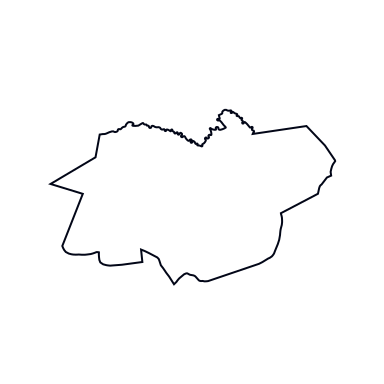 Fraternidad, Ocotepeque, Honduras, rotated 240°
{"feature_id": "27666195B9362157023488", "entity_name": "Fraternidad", "entity_type": "district", "adm_level": 2, "iso_a3": "HND", "parent_name": "Honduras", "parent_adm1": "Ocotepeque", "projection": "robinson", "projection_center": [-89.047, 14.583], "detail": "fine", "context": "isolated", "style": "outline", "palette": "ink", "viewbox_px": 384, "rotation_deg": 240, "n_neighbors": 0, "source": "geoboundaries", "source_scale": "gbopen_adm2", "svg_char_len": 6115}
<svg xmlns="http://www.w3.org/2000/svg" viewBox="0 0 384 384"><g transform="rotate(240 192 192)"><path d="M133.7,307.9L137.1,316.1L136.6,320.7L140.1,322.1L142.4,324.2L144.3,326.2L145.6,328.1L147.1,331.4L147.9,331.7L165.8,330.4L191.9,324.1L211.9,273.6L212.5,274.3L212.9,275.5L213.4,276.0L213.8,276.1L214.2,276.1L214.5,275.9L215.1,275.3L215.5,275.1L215.9,275.1L216.4,275.3L216.7,275.5L216.9,275.9L217.1,276.4L217.4,276.6L217.7,276.8L218.0,276.7L218.3,276.6L218.5,276.3L218.6,275.9L218.5,275.3L218.6,275.0L218.7,274.6L219.0,274.4L223.2,273.7L224.9,273.2L226.0,272.8L226.3,272.5L226.3,272.0L226.2,271.6L225.7,271.1L225.7,270.7L225.8,270.3L226.2,270.0L226.5,270.0L226.9,270.1L227.1,270.4L227.4,271.0L228.0,271.4L228.6,271.4L229.4,271.0L229.9,271.0L230.2,271.3L230.5,272.1L230.9,272.3L231.2,272.2L231.5,272.0L231.7,271.2L232.0,270.7L232.7,270.5L233.7,270.5L234.3,270.3L234.7,269.9L235.1,269.1L235.4,268.9L235.7,268.8L236.0,269.0L236.2,269.7L236.4,269.9L236.7,270.0L237.1,269.9L237.5,269.6L238.1,269.0L238.7,268.5L239.4,268.1L240.4,267.8L240.8,267.5L241.0,267.2L241.0,266.9L240.6,266.3L240.6,265.9L240.7,265.6L240.9,265.3L241.3,265.2L241.7,265.4L241.9,265.7L242.0,266.3L242.3,266.6L242.6,266.7L243.0,266.6L243.5,266.0L243.8,264.8L244.3,264.1L244.9,263.4L246.0,262.7L246.4,262.1L246.7,261.6L246.8,260.9L246.8,260.0L246.6,259.0L246.4,258.6L246.1,258.2L245.0,257.5L244.8,256.9L245.1,253.7L243.6,253.2L242.1,252.9L241.7,252.6L241.5,252.2L241.6,251.7L241.8,251.4L242.3,251.1L242.5,250.7L242.4,250.2L242.1,249.9L241.7,249.8L241.2,250.0L240.8,250.4L240.6,251.1L240.4,251.5L240.1,251.7L239.8,251.9L237.8,252.4L233.9,252.9L231.8,253.5L231.1,253.5L230.9,253.3L230.9,252.0L231.1,250.1L231.4,248.7L231.8,247.4L232.3,246.8L232.9,246.5L233.6,246.5L234.4,246.9L234.8,246.9L235.2,246.8L235.6,246.4L235.8,246.1L236.0,245.7L236.0,245.4L235.9,245.0L235.7,244.7L235.4,244.5L234.7,244.4L234.4,244.2L234.1,243.8L234.2,243.4L234.7,242.5L235.9,241.2L236.9,240.5L238.0,240.0L238.2,239.8L238.2,239.5L238.1,239.2L237.8,239.0L236.7,239.0L236.0,239.0L233.9,238.4L232.7,237.9L231.9,237.4L231.8,237.0L231.9,236.7L232.1,236.5L232.6,236.1L232.8,235.7L232.9,235.3L232.8,234.9L232.6,234.5L232.2,234.2L231.8,234.1L231.2,234.2L230.8,234.0L230.4,233.5L230.3,232.9L230.4,232.4L230.7,232.0L231.1,231.8L231.8,231.7L232.1,231.5L232.3,231.0L232.2,230.5L232.0,230.1L231.6,229.9L231.2,229.8L230.5,229.9L230.1,229.9L229.7,229.7L229.4,229.3L228.8,228.3L228.4,227.3L228.2,226.5L228.2,225.3L228.1,224.7L227.9,224.5L227.6,224.3L226.9,224.2L226.7,224.0L226.6,223.7L226.6,223.3L227.0,222.9L227.8,222.3L228.3,221.9L228.8,221.3L229.2,220.6L229.7,220.1L229.9,220.1L230.1,220.1L230.6,220.8L231.1,220.8L231.3,220.7L231.5,220.5L231.7,219.6L231.8,219.3L232.0,219.2L232.5,219.1L233.4,219.3L234.0,219.3L234.9,219.0L235.5,218.6L235.7,218.3L235.7,217.8L235.5,217.5L234.9,217.1L234.8,216.6L234.9,216.1L235.2,215.8L235.6,215.7L236.1,215.9L236.3,216.3L236.4,217.0L236.8,217.5L237.3,217.7L237.8,217.6L238.1,217.3L238.3,216.8L238.3,216.3L238.0,215.7L237.9,215.2L238.0,214.7L238.4,214.3L239.4,213.9L240.8,213.6L241.7,213.5L243.1,213.6L244.0,213.4L244.3,213.0L244.5,212.5L244.5,212.1L244.3,211.4L244.4,210.9L244.7,210.5L245.1,210.3L245.7,210.3L246.1,210.6L246.3,211.0L246.5,211.8L246.9,212.2L247.5,212.4L248.3,212.2L248.9,211.8L249.0,211.1L248.9,210.6L248.5,210.1L248.3,209.8L248.3,209.4L248.4,209.0L248.7,208.7L249.2,208.6L249.6,208.7L250.0,209.1L250.3,209.2L250.6,209.2L251.0,209.1L251.2,208.7L251.3,208.3L251.3,208.0L251.0,207.5L251.0,207.1L251.1,206.7L251.3,206.4L251.6,206.3L252.0,206.2L252.8,206.4L253.2,206.4L253.6,206.2L254.2,205.8L254.6,205.7L255.0,205.7L255.6,206.0L255.9,206.0L256.2,205.8L256.3,205.5L256.3,205.1L256.1,204.8L255.6,204.7L255.4,204.6L255.3,204.2L255.3,203.9L255.6,203.6L256.7,203.1L257.4,202.7L258.1,202.2L258.6,201.6L258.7,201.3L258.7,201.0L258.5,200.7L258.1,200.4L258.0,200.0L258.0,199.6L258.2,199.3L258.4,199.2L258.7,199.1L259.0,199.1L259.3,199.4L259.6,199.5L259.9,199.4L260.2,199.3L260.6,198.7L260.9,197.5L261.3,197.0L262.0,196.6L262.5,196.5L263.5,196.5L264.2,196.1L264.9,195.4L265.6,193.9L266.3,193.0L267.0,192.4L268.3,191.7L269.0,191.0L269.2,190.4L269.2,189.9L269.0,189.5L268.4,189.0L268.2,188.6L268.3,188.1L268.5,187.6L268.8,187.4L269.3,187.2L269.7,187.3L270.4,187.5L271.1,187.4L271.5,187.0L271.9,186.4L272.1,186.2L272.3,186.2L272.8,186.3L273.3,186.1L273.5,185.8L273.9,185.0L274.5,184.5L275.0,184.2L275.9,184.2L276.2,184.0L276.4,183.5L276.4,182.7L276.4,181.1L276.3,179.3L276.4,178.5L277.6,175.9L278.7,174.2L279.2,173.7L279.5,173.7L279.8,174.0L279.8,174.8L280.1,175.2L280.4,175.3L280.7,175.4L281.4,175.2L282.3,174.7L283.1,173.9L283.9,172.6L284.2,171.8L284.1,170.7L283.7,169.4L283.3,168.5L282.5,167.7L282.2,167.0L282.2,166.4L282.6,165.3L282.7,164.4L282.6,163.5L282.2,162.3L282.1,161.6L282.3,161.0L283.0,160.3L283.2,159.6L283.1,159.3L283.0,159.0L282.3,158.4L282.0,158.0L281.9,157.6L281.9,156.8L282.1,156.1L282.4,155.3L282.9,154.8L283.9,154.1L284.1,153.7L284.5,153.0L284.8,151.6L285.1,150.4L285.4,147.5L285.6,146.2L286.0,145.1L286.7,143.9L287.9,140.8L270.3,125.8L269.7,73.5L245.0,96.5L210.1,52.7L208.0,52.4L205.8,52.3L203.2,52.7L200.3,54.5L198.4,56.4L197.2,57.9L195.8,60.1L194.4,62.8L192.7,65.3L191.3,67.7L190.4,69.7L188.9,73.3L188.3,75.6L187.9,77.8L187.7,79.2L187.0,80.4L186.3,81.2L184.3,80.0L182.1,78.9L179.5,77.8L176.9,77.4L173.8,78.9L171.6,81.1L170.6,82.3L169.2,84.2L164.1,94.8L156.2,114.0L167.6,119.1L164.7,121.4L160.9,124.0L152.7,129.2L150.6,129.7L148.8,129.4L144.1,128.4L140.5,128.9L134.9,129.3L130.3,129.9L121.1,130.3L121.9,133.5L122.8,135.5L123.6,137.8L124.7,144.1L124.4,146.3L124.1,146.9L123.8,147.3L121.7,148.6L121.2,149.0L119.2,151.4L118.1,152.3L117.4,152.6L116.8,152.8L112.4,153.7L111.8,153.9L111.2,154.3L110.4,155.2L109.6,156.8L108.4,158.1L107.4,160.0L106.8,161.4L96.3,214.1L96.1,217.9L96.3,224.9L96.1,226.3L96.2,227.6L96.3,228.9L96.7,230.1L97.2,231.3L97.8,232.4L99.6,234.6L104.0,240.3L107.0,243.6L110.7,246.7L112.6,248.0L114.5,249.4L115.9,250.6L118.6,253.3L120.9,255.0L122.7,256.0L124.7,257.0L126.4,257.6L128.5,258.1L129.2,258.4L127.5,300.2L131.8,304.1L133.1,305.6L133.6,306.9L133.7,307.9Z" fill="none" stroke="#020617" stroke-width="2"/></g></svg>